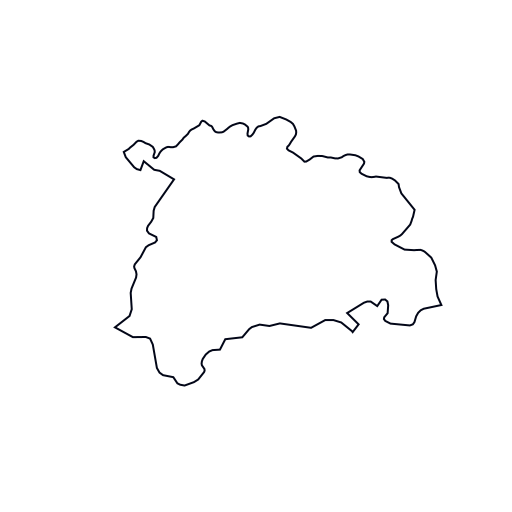 outline of Ávila, rotated 224°
{"feature_id": "ESP-5806", "entity_name": "Ávila", "entity_type": "Autonomous Community", "adm_level": 1, "iso_a3": "ESP", "parent_name": "Spain", "parent_adm1": "", "projection": "mercator", "projection_center": [-4.824, 40.625], "detail": "fine", "context": "isolated", "style": "outline", "palette": "ink", "viewbox_px": 512, "rotation_deg": 224, "n_neighbors": 0, "source": "natural_earth", "source_scale": "10m", "svg_char_len": 3193}
<svg xmlns="http://www.w3.org/2000/svg" viewBox="0 0 512 512"><g transform="rotate(224 256 256)"><path d="M321.2,376.7L318.4,375.9L314.2,374.0L312.8,372.7L311.7,371.1L311.1,369.1L310.1,362.5L309.6,360.5L309.2,358.4L309.3,356.4L308.3,354.7L306.0,354.6L301.2,356.1L291.2,357.6L286.7,357.5L285.5,358.8L284.4,362.7L284.1,364.9L283.7,367.5L281.1,370.9L277.7,374.0L272.9,376.7L270.7,378.8L267.0,381.1L264.8,383.1L262.9,386.6L262.5,388.7L261.7,390.8L260.7,392.6L259.1,394.2L254.5,397.5L251.4,398.8L246.6,399.9L243.5,399.0L242.5,397.5L241.0,389.6L239.6,388.4L237.2,388.5L231.8,390.2L229.3,391.7L227.6,393.0L225.8,395.2L224.9,396.5L216.1,403.1L215.3,404.2L214.0,405.3L211.9,406.2L208.5,406.9L203.4,406.8L201.0,404.9L194.9,402.0L174.0,399.4L170.3,393.3L169.5,391.2L168.5,389.4L166.9,385.7L166.2,373.1L166.4,371.0L167.0,368.9L169.3,363.1L169.4,361.6L168.3,360.4L164.4,360.6L153.6,363.8L146.3,370.0L144.8,371.7L141.9,374.7L140.2,375.5L138.4,376.1L137.1,376.3L128.8,376.6L120.7,373.7L115.1,370.4L110.1,363.5L103.4,357.4L97.3,353.0L88.6,349.5L98.7,334.6L99.8,331.4L99.9,327.8L98.9,323.9L96.1,318.5L95.7,315.8L97.1,312.9L112.3,300.8L117.9,299.1L120.2,299.5L121.2,301.0L121.6,306.3L126.7,312.4L129.9,314.6L132.9,314.4L135.3,311.8L134.0,304.2L141.9,302.9L144.3,300.6L145.9,297.4L150.8,278.3L134.7,278.1L133.6,268.4L134.8,268.6L148.5,267.4L155.8,263.7L161.7,258.0L166.5,242.6L192.0,224.1L197.7,215.0L205.7,209.2L209.6,202.0L210.1,198.7L209.4,188.0L220.3,174.8L216.9,163.6L221.9,158.1L223.3,154.8L223.7,150.2L222.8,145.0L221.8,142.7L220.4,140.8L219.0,139.8L214.6,138.9L213.3,137.8L212.7,136.4L211.8,127.0L213.0,122.2L217.4,113.2L221.2,110.7L224.1,109.8L231.3,111.4L240.1,105.7L244.4,105.1L249.5,106.6L268.7,120.6L274.8,123.0L279.0,121.2L288.2,112.1L307.9,106.7L305.3,125.0L308.4,131.4L320.5,142.4L322.9,146.1L327.3,157.2L329.2,159.8L331.7,161.6L335.0,162.8L336.4,163.8L337.4,165.8L338.2,174.9L341.3,185.8L340.7,189.2L338.0,195.6L338.2,198.5L341.0,200.4L348.7,197.9L352.0,198.5L353.7,200.4L354.6,202.7L355.2,207.9L356.3,212.0L361.1,217.5L362.9,220.9L368.2,254.2L384.4,250.4L389.1,247.3L402.6,246.2L398.8,237.5L402.1,235.7L405.3,235.2L418.3,236.6L423.4,239.0L421.9,244.6L421.9,246.4L421.3,250.9L421.3,255.2L420.7,257.2L418.5,259.0L416.2,259.9L413.9,260.4L410.2,262.1L406.1,262.8L404.2,262.3L402.4,261.6L401.0,260.4L399.4,257.0L398.3,255.8L396.8,256.1L395.8,257.5L395.9,260.1L396.6,262.1L397.1,264.2L397.2,266.1L397.1,268.1L396.2,271.2L395.8,272.2L395.2,273.2L394.4,274.0L392.8,275.1L391.2,276.7L389.7,279.3L389.7,282.2L389.9,284.6L389.8,288.7L390.1,290.3L390.1,291.7L389.9,293.2L389.8,296.6L390.3,298.5L390.5,300.4L390.2,302.2L389.3,304.5L387.6,310.7L388.7,314.6L388.5,316.1L386.3,317.2L380.2,317.6L378.7,318.4L377.7,318.5L376.5,318.2L375.3,317.7L373.6,317.3L372.1,317.1L370.8,317.4L369.5,318.2L368.4,319.1L366.5,321.2L365.7,322.8L365.0,327.5L364.9,329.1L364.6,331.1L363.8,333.8L361.7,337.9L360.1,340.5L357.5,342.2L355.4,342.9L351.8,343.2L350.8,342.8L349.5,341.7L347.2,338.2L345.7,336.9L344.1,337.1L343.0,338.3L342.9,340.8L343.2,343.0L344.3,346.6L344.6,348.8L344.3,350.9L343.1,352.5L340.4,358.2L338.6,367.7L335.6,372.5L329.1,375.2L324.2,376.5L321.2,376.7Z" fill="none" stroke="#020617" stroke-width="2"/></g></svg>